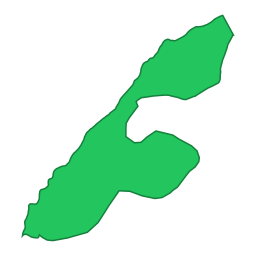 Caye Manje', Gros Islet, Saint Lucia
{"feature_id": "8701671B43134404703092", "entity_name": "Caye Manje'", "entity_type": "district", "adm_level": 2, "iso_a3": "LCA", "parent_name": "Saint Lucia", "parent_adm1": "Gros Islet", "projection": "robinson", "projection_center": [-60.937, 14.067], "detail": "fine", "context": "isolated", "style": "filled", "palette": "green", "viewbox_px": 256, "rotation_deg": 0, "n_neighbors": 0, "source": "geoboundaries", "source_scale": "gbopen_adm2", "svg_char_len": 3621}
<svg xmlns="http://www.w3.org/2000/svg" viewBox="0 0 256 256"><path d="M222.1,15.6L220.3,16.2L215.0,18.9L211.3,22.1L207.2,24.5L202.4,26.3L198.9,26.8L195.9,26.8L193.4,28.1L190.5,29.9L190.1,30.2L189.7,30.6L188.5,31.6L185.9,34.7L183.1,36.7L179.7,38.5L175.6,40.6L174.2,40.8L173.1,40.5L170.4,40.4L169.3,39.7L167.9,39.2L166.4,39.7L164.7,40.6L163.1,42.3L161.7,45.1L160.6,46.2L159.9,47.3L158.8,49.6L158.3,51.2L157.1,52.9L155.2,54.9L153.9,56.9L152.4,58.2L151.1,58.1L150.1,58.5L149.0,59.5L147.6,61.4L145.6,62.0L143.5,63.5L143.3,63.8L142.6,64.9L142.5,65.5L141.9,66.8L141.4,67.9L141.2,68.5L141.0,69.8L140.8,71.5L140.7,72.1L140.4,73.1L140.0,74.3L139.8,75.2L139.8,75.5L139.3,76.0L138.7,76.8L138.0,77.9L137.5,78.5L136.9,78.8L136.7,78.9L135.9,79.7L134.9,80.3L134.4,80.8L134.1,81.8L133.9,82.4L133.3,83.7L133.0,84.5L132.9,84.8L129.4,88.8L127.9,90.5L127.3,91.2L126.2,92.4L122.6,96.4L121.4,97.9L120.5,98.9L119.3,101.7L118.5,103.5L118.3,103.7L117.3,105.3L116.3,106.9L115.8,108.2L115.6,108.6L115.4,109.1L115.0,109.3L113.5,110.4L112.4,111.3L111.7,111.8L110.8,112.4L109.9,113.2L109.4,113.7L109.2,114.3L108.9,114.8L107.9,115.1L106.9,115.7L105.9,116.6L104.4,117.7L102.7,118.9L100.0,121.3L98.3,122.6L96.4,124.1L95.6,124.9L94.5,126.1L93.5,126.8L92.1,128.1L90.8,128.8L90.4,129.2L89.3,130.3L88.5,131.1L87.4,132.0L86.1,133.7L85.8,134.6L85.1,135.9L84.5,137.1L84.1,138.8L83.7,140.0L82.6,141.9L81.4,144.3L80.8,145.5L80.4,146.0L80.0,146.6L79.5,147.2L79.0,148.2L78.0,149.2L76.0,151.3L75.1,152.3L74.7,152.4L74.0,153.1L73.2,154.1L72.4,155.2L71.5,156.7L71.1,157.6L70.8,158.1L69.1,162.3L66.3,165.0L65.5,165.6L64.9,165.9L62.7,166.1L61.1,166.6L59.4,167.4L58.3,167.9L57.3,168.3L55.9,169.2L55.1,169.9L54.4,170.7L53.8,171.8L53.3,173.1L53.1,174.7L53.1,175.4L53.0,176.1L52.7,176.9L52.5,177.6L52.0,178.1L51.6,178.4L50.5,178.7L49.3,179.2L49.1,179.5L48.4,180.3L48.3,181.5L48.2,182.8L48.2,183.3L48.5,184.3L48.3,184.7L48.2,185.6L48.1,185.9L47.7,186.4L46.8,187.1L46.2,187.7L45.0,188.5L43.7,189.0L42.4,189.3L41.0,189.8L40.6,190.1L39.8,191.4L39.8,191.8L39.5,193.5L39.4,194.9L39.3,197.5L39.3,198.6L39.2,199.3L38.9,199.8L38.1,201.7L37.8,202.5L37.3,203.0L37.0,203.2L36.0,204.1L34.9,204.1L34.2,204.1L33.3,204.0L30.8,203.9L30.2,204.0L29.8,204.1L29.2,204.8L28.8,205.5L28.8,205.9L28.8,207.4L28.8,209.3L28.6,209.8L28.4,210.6L28.4,211.1L28.4,211.5L28.3,212.2L28.1,212.7L28.2,213.6L28.0,214.2L26.9,217.0L26.7,217.7L25.7,219.8L25.3,220.3L24.8,221.3L25.0,221.6L24.7,222.6L25.0,224.5L25.2,227.2L25.1,228.0L24.5,229.5L23.5,231.3L22.9,233.1L22.5,235.7L22.9,235.2L24.7,234.3L26.0,234.3L27.5,234.7L28.4,235.3L29.9,236.1L30.8,236.8L31.8,237.1L33.5,237.5L35.3,237.8L37.6,237.9L38.6,237.1L39.5,234.9L40.8,236.1L42.3,237.3L44.5,238.6L47.1,240.0L53.0,240.6L67.7,237.9L87.4,232.3L98.1,222.5L105.0,211.8L108.8,205.7L119.1,190.8L129.9,191.3L142.4,195.9L155.0,198.5L162.1,197.5L170.2,192.9L172.9,190.3L177.3,187.3L185.4,176.5L185.5,176.3L189.4,171.4L195.3,166.8L198.8,161.7L199.3,157.6L197.0,150.9L191.5,145.8L179.1,139.2L172.9,135.1L164.4,133.0L155.9,131.0L146.9,137.1L141.1,142.3L134.4,142.8L125.9,136.6L125.9,128.4L126.2,123.2L129.2,117.9L132.7,113.2L136.2,108.5L137.9,106.4L136.1,101.7L137.9,100.0L141.4,97.7L146.9,97.0L152.6,96.1L159.4,95.5L164.9,95.1L168.6,95.2L172.1,96.2L177.3,97.3L183.0,99.3L185.9,99.6L187.3,99.0L190.9,97.6L193.1,96.7L195.3,96.1L197.3,94.7L204.0,90.5L207.9,88.1L212.5,86.0L215.5,84.4L218.1,83.1L219.5,81.4L220.2,78.8L220.2,75.7L220.7,71.8L220.4,69.8L220.7,67.3L222.0,62.5L222.5,60.3L224.6,55.0L225.3,52.9L225.4,52.7L226.2,50.3L227.1,47.8L227.8,44.6L230.8,39.2L232.4,36.2L232.6,35.4L233.5,35.2L222.7,15.4L222.1,15.6Z" fill="#22c55e" stroke="#15803d" stroke-width="1.5"/></svg>